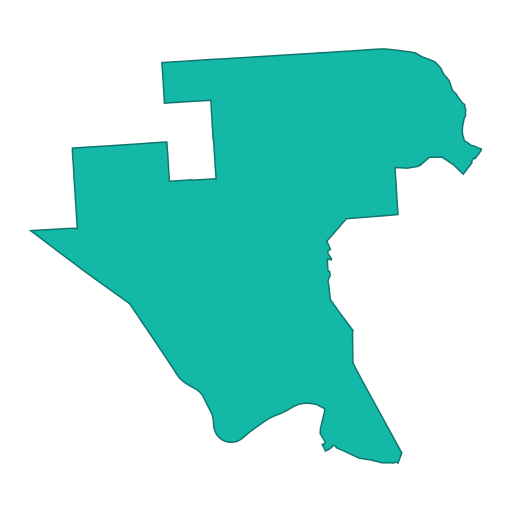 outline of Burnside, South Australia, Australia
{"feature_id": "25037944B2025658304279", "entity_name": "Burnside", "entity_type": "district", "adm_level": 2, "iso_a3": "AUS", "parent_name": "Australia", "parent_adm1": "South Australia", "projection": "natural_earth1", "projection_center": [138.659, -34.944], "detail": "fine", "context": "isolated", "style": "filled", "palette": "teal", "viewbox_px": 512, "rotation_deg": 0, "n_neighbors": 0, "source": "geoboundaries", "source_scale": "gbopen_adm2", "svg_char_len": 5760}
<svg xmlns="http://www.w3.org/2000/svg" viewBox="0 0 512 512"><path d="M30.7,230.7L33.2,232.6L37.5,235.8L42.9,239.9L46.9,242.9L47.6,243.4L52.8,247.4L58.8,252.0L65.3,256.8L68.5,259.2L73.2,262.7L80.3,268.1L82.2,269.7L83.4,270.5L87.7,273.6L87.9,273.7L96.7,280.1L101.9,283.8L105.0,286.0L118.3,295.6L123.8,299.5L127.6,302.2L129.5,303.8L130.2,304.5L132.9,308.6L136.9,314.4L138.3,316.4L141.3,321.1L142.6,323.1L145.9,327.8L149.4,333.0L150.3,334.4L155.4,341.9L157.0,344.3L157.8,345.5L160.4,349.4L164.2,355.1L164.3,355.2L166.9,359.1L170.3,364.3L174.3,370.3L174.7,371.0L176.4,373.7L179.5,378.2L180.7,379.1L181.6,380.0L182.7,381.1L183.8,381.9L184.3,382.3L184.9,382.7L185.5,383.1L186.6,383.8L189.6,385.7L191.4,386.7L192.6,387.3L193.9,388.0L195.1,388.7L195.5,388.9L196.3,389.3L197.4,390.1L198.2,390.7L198.5,391.0L199.6,391.9L200.5,392.9L201.0,393.4L201.5,394.0L202.6,395.6L203.0,396.3L203.4,397.0L205.6,401.6L207.8,405.9L209.2,408.6L210.6,411.4L211.2,412.6L211.8,414.0L212.3,415.4L212.7,416.9L213.0,418.1L213.2,419.4L213.3,420.8L213.4,421.6L213.7,425.8L214.0,427.7L214.5,430.0L214.7,430.5L215.3,431.9L215.8,433.0L216.3,433.9L216.6,434.3L217.3,435.4L218.2,436.5L218.8,437.1L219.7,437.9L220.9,438.9L221.8,439.6L223.2,440.3L224.0,440.7L224.8,441.1L226.2,441.6L226.9,441.8L228.1,442.0L229.5,442.2L230.8,442.3L231.6,442.3L232.9,442.2L234.3,442.0L236.3,441.6L237.5,441.1L238.8,440.5L239.5,440.2L240.1,439.8L240.6,439.5L241.2,439.1L241.8,438.7L244.8,436.2L249.0,432.6L253.1,429.5L256.1,427.3L257.8,426.1L260.6,424.1L261.2,423.7L262.3,422.9L262.9,422.5L263.5,422.1L264.0,421.7L265.2,421.0L267.0,419.8L268.0,419.0L269.0,418.6L269.3,418.4L270.6,417.7L271.2,417.4L271.9,417.0L272.4,416.9L273.7,416.2L275.0,415.7L275.6,415.4L278.2,414.5L278.8,414.3L281.4,413.1L282.0,412.9L282.9,412.4L285.2,411.4L286.4,410.7L287.0,410.4L287.6,410.0L288.2,409.7L289.9,408.7L291.2,407.9L292.3,407.2L293.0,406.8L293.4,406.6L296.0,405.4L297.3,404.9L298.6,404.4L299.4,404.2L300.0,404.1L300.8,403.9L301.4,403.8L302.1,403.6L302.8,403.5L303.5,403.4L304.2,403.4L306.2,403.2L308.2,403.3L308.9,403.3L309.6,403.4L311.0,403.5L316.4,404.4L318.9,405.7L323.6,408.1L324.8,409.1L324.8,410.5L320.4,428.7L320.2,433.7L323.8,439.5L324.8,441.4L325.1,442.3L325.0,443.2L324.4,443.7L323.8,444.1L322.2,444.4L325.5,451.0L329.2,449.2L331.1,447.8L332.5,446.3L334.1,445.3L335.7,446.0L336.1,447.6L340.1,449.3L345.8,451.9L359.3,458.2L370.9,460.0L380.1,462.3L381.5,462.8L390.0,462.8L393.4,463.0L395.2,462.4L395.8,462.2L396.4,462.2L397.4,462.7L398.0,463.1L401.8,452.9L377.0,407.6L371.9,398.3L365.3,386.3L362.9,381.8L356.5,370.0L354.3,365.6L352.9,362.6L352.8,354.3L352.5,330.4L352.9,330.4L339.7,312.7L338.8,311.5L332.7,302.9L331.1,300.7L330.7,300.1L330.3,299.5L328.6,283.8L328.2,282.9L328.1,280.1L330.2,275.5L329.7,271.7L327.9,270.5L327.3,259.1L328.0,259.2L331.0,259.9L331.6,258.9L328.0,253.6L327.8,251.0L330.4,249.5L328.0,243.7L327.6,242.9L327.0,241.3L326.9,240.8L327.4,240.5L331.4,236.0L335.3,231.5L336.1,230.5L340.6,225.4L341.5,224.3L345.0,220.3L346.4,218.7L356.7,217.9L398.0,214.6L396.8,196.4L396.1,184.4L396.1,183.8L396.0,183.1L395.2,170.9L395.1,168.3L395.1,167.7L399.8,167.7L407.2,168.2L417.9,166.4L418.7,165.9L420.5,164.4L420.5,165.0L426.2,160.1L429.4,157.3L432.1,157.3L440.6,157.2L441.3,157.2L441.6,156.8L453.6,164.8L463.2,174.2L463.6,173.7L469.0,166.6L472.0,162.7L471.4,161.7L473.7,158.0L475.1,158.7L481.3,150.3L481.1,148.8L478.5,148.1L475.3,146.4L470.5,145.1L468.7,143.3L465.3,141.4L464.3,140.3L462.6,134.7L462.3,130.3L462.8,124.8L463.5,122.1L464.1,118.7L465.6,115.6L465.4,112.8L465.7,110.3L465.6,109.1L465.4,108.4L464.9,107.2L464.7,105.9L464.6,105.1L464.7,104.5L462.5,103.1L458.1,97.2L455.9,93.7L452.6,90.7L449.0,80.3L443.8,74.3L440.5,67.7L435.5,62.4L434.2,61.5L433.0,61.0L428.5,59.2L426.2,58.4L421.6,56.6L416.3,53.4L415.9,53.3L415.8,53.2L415.0,52.9L413.9,52.5L402.9,51.0L397.7,50.3L397.2,50.3L390.4,49.5L384.9,49.0L383.7,48.9L376.7,49.2L374.4,49.3L373.6,49.4L367.1,49.8L349.6,51.1L343.1,51.4L337.0,51.8L332.6,52.1L325.3,52.6L323.3,52.6L320.0,52.8L318.0,52.9L313.8,53.3L311.9,53.4L306.2,53.7L305.8,53.8L303.0,53.9L302.5,54.0L299.0,54.2L294.8,54.4L291.8,54.6L290.9,54.7L285.5,55.0L279.6,55.4L270.8,55.9L269.8,56.0L264.7,56.3L262.8,56.4L255.8,56.8L248.7,57.3L238.1,57.9L232.8,58.2L229.7,58.4L225.9,58.7L220.2,59.0L217.1,59.1L214.7,59.2L211.6,59.4L209.0,59.6L208.8,59.6L205.3,59.8L202.7,60.0L198.4,60.3L196.4,60.4L192.4,60.7L189.3,60.9L186.6,61.1L182.8,61.3L180.6,61.4L176.8,61.7L174.6,61.8L171.1,62.0L168.7,62.2L161.9,62.6L162.1,66.3L162.8,76.1L163.2,82.6L163.4,86.1L163.5,87.9L163.8,92.4L163.8,92.7L164.0,95.4L164.2,98.6L164.4,102.5L164.5,103.2L172.3,102.6L174.8,102.5L178.4,102.3L179.3,102.2L188.2,101.6L190.4,101.5L199.0,101.0L200.6,100.9L210.9,100.3L211.0,102.9L211.3,108.8L211.4,110.5L211.7,115.7L212.0,119.5L212.3,126.0L212.5,128.2L212.8,133.8L213.1,138.7L213.5,138.7L213.5,139.3L213.7,142.7L213.8,143.3L213.9,145.5L214.0,146.9L214.2,150.8L214.3,151.8L214.7,158.4L214.8,158.7L214.8,159.1L214.9,160.5L215.3,167.2L215.4,168.0L215.4,168.8L215.7,173.1L215.7,173.7L215.8,174.2L216.0,177.4L216.0,178.8L212.5,179.0L211.9,179.0L211.3,179.0L206.7,179.3L198.4,179.8L192.0,180.3L191.9,179.8L191.5,179.8L184.5,180.3L169.4,181.2L169.0,174.8L168.7,171.0L168.5,167.4L168.2,161.9L167.8,155.8L167.8,154.6L167.3,149.0L166.9,142.0L161.2,142.3L155.2,142.7L148.8,143.1L143.7,143.5L139.6,143.8L132.1,144.3L124.5,144.8L119.9,145.1L116.7,145.3L115.1,145.4L107.8,145.9L96.2,146.6L87.2,147.1L84.4,147.3L77.1,147.8L72.4,148.1L72.4,150.5L72.6,155.0L73.1,161.9L73.6,169.7L73.9,174.9L74.0,177.5L74.2,180.3L74.5,184.4L74.7,187.6L74.9,190.4L75.3,196.9L75.6,202.4L76.0,207.8L76.4,214.4L76.8,220.9L77.2,227.7L77.4,228.6L74.0,228.3L67.4,228.5L64.0,228.7L57.3,229.1L47.1,229.7L37.8,230.2L30.7,230.7Z" fill="#14b8a6" stroke="#0f766e" stroke-width="1.5"/></svg>